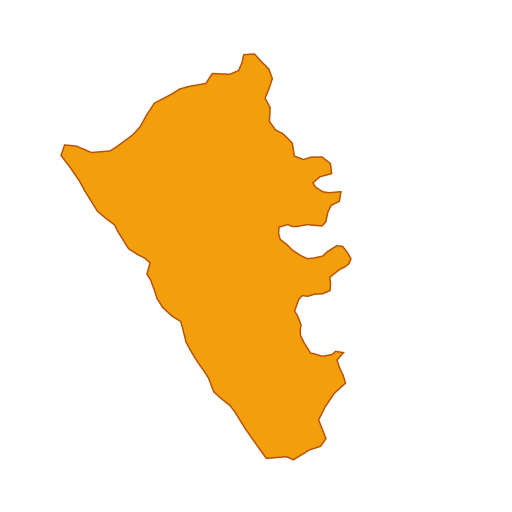 the district of Mandres Lefkosias, Cyprus, rotated 238°
{"feature_id": "46923920B85136596681423", "entity_name": "Mandres Lefkosias", "entity_type": "district", "adm_level": 2, "iso_a3": "CYP", "parent_name": "Cyprus", "parent_adm1": "", "projection": "natural_earth1", "projection_center": [33.366, 35.223], "detail": "fine", "context": "isolated", "style": "filled", "palette": "amber", "viewbox_px": 512, "rotation_deg": 238, "n_neighbors": 0, "source": "geoboundaries", "source_scale": "gbopen_adm2", "svg_char_len": 1828}
<svg xmlns="http://www.w3.org/2000/svg" viewBox="0 0 512 512"><g transform="rotate(238 256 256)"><path d="M127.7,279.0L133.0,272.9L132.1,268.3L135.8,259.1L141.2,254.5L144.8,250.8L157.5,250.8L165.2,251.7L169.3,254.0L173.9,257.7L182.9,259.5L188.8,259.5L196.5,269.2L197.9,274.2L194.3,278.8L192.5,285.7L188.8,292.2L187.5,300.5L192.5,304.2L198.8,307.4L200.2,318.9L199.7,326.2L200.2,330.8L203.3,335.0L210.6,335.4L218.3,334.5L221.9,329.9L221.9,319.3L220.6,312.4L223.7,303.7L226.5,298.2L232.8,294.0L241.9,289.9L250.1,288.0L257.3,285.3L263.2,287.1L268.2,290.8L265.9,299.6L261.8,302.3L259.1,306.9L255.5,316.1L251.9,320.7L246.4,328.1L248.2,333.6L255.0,340.0L259.1,346.5L258.2,355.7L265.5,362.1L270.9,351.6L275.1,346.6L282.9,343.0L287.9,343.0L289.3,352.3L285.8,363.8L295.0,368.1L304.9,364.5L310.6,355.2L312.7,347.3L320.5,341.5L332.5,346.6L345.3,343.7L352.4,339.4L363.0,338.7L374.3,346.6L385.0,347.3L390.6,355.2L397.7,363.8L407.7,366.0L416.9,363.8L428.2,361.7L433.2,352.3L426.8,345.9L422.5,339.4L424.0,330.0L433.9,315.7L428.9,304.9L435.3,289.1L438.1,279.7L438.1,268.2L439.5,251.0L433.9,238.7L426.8,225.8L423.9,215.0L423.2,205.0L422.5,196.3L422.5,187.7L431.0,171.2L444.5,161.8L451.6,152.5L444.5,143.9L429.6,145.3L413.3,146.0L402.0,145.3L387.1,145.3L377.9,145.3L368.7,148.2L357.3,152.5L349.5,151.8L338.9,151.8L329.7,151.8L320.5,156.1L313.4,160.4L306.3,162.5L298.5,153.9L291.4,153.9L281.5,151.8L272.3,149.6L261.7,149.6L248.9,153.2L240.4,157.5L233.3,155.4L219.9,151.0L207.8,150.3L197.2,150.3L185.1,151.0L177.4,151.0L163.2,148.2L153.3,151.0L143.3,154.6L135.5,155.4L126.3,155.4L115.0,155.4L100.8,156.1L89.5,156.8L78.9,157.5L69.6,175.5L63.3,179.8L63.3,190.6L63.3,198.5L60.4,210.0L64.0,218.6L83.8,222.2L91.6,235.1L98.0,249.5L100.8,264.6L109.3,266.8L116.4,267.5L124.9,269.6L127.7,279.0Z" fill="#f59e0b" stroke="#b45309" stroke-width="1.5"/></g></svg>